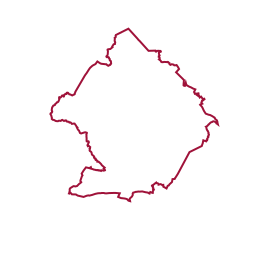 El Arenal, Hidalgo, Mexico, rotated 210°
{"feature_id": "50627088B4144789748082", "entity_name": "El Arenal", "entity_type": "district", "adm_level": 2, "iso_a3": "MEX", "parent_name": "Mexico", "parent_adm1": "Hidalgo", "projection": "mercator", "projection_center": [-98.879, 20.225], "detail": "fine", "context": "isolated", "style": "outline", "palette": "rose", "viewbox_px": 256, "rotation_deg": 210, "n_neighbors": 0, "source": "geoboundaries", "source_scale": "gbopen_adm2", "svg_char_len": 5769}
<svg xmlns="http://www.w3.org/2000/svg" viewBox="0 0 256 256"><g transform="rotate(210 128 128)"><path d="M54.9,179.1L56.6,179.3L58.4,180.2L58.4,180.3L61.4,180.4L63.4,180.3L64.8,179.8L67.9,179.3L70.8,180.8L73.8,182.9L74.9,183.5L77.2,184.2L77.1,184.6L75.8,186.2L77.2,186.8L77.3,187.7L77.6,188.8L77.3,189.2L77.0,189.1L76.2,191.2L76.6,191.4L77.0,190.5L78.8,191.0L80.4,191.7L81.1,190.3L82.2,191.2L82.6,190.8L84.3,191.0L83.1,192.5L82.9,192.6L83.9,192.5L84.4,193.2L87.1,191.0L87.5,191.2L88.0,191.9L88.8,192.2L89.0,195.1L91.4,194.7L93.7,194.7L95.8,194.4L98.4,194.4L99.3,194.8L100.6,196.1L99.8,192.9L100.8,192.6L101.2,192.7L101.9,194.0L103.5,197.5L114.2,200.3L113.3,204.6L115.2,205.8L117.2,206.7L117.4,206.8L118.3,206.0L119.3,205.4L119.5,205.4L120.2,205.7L122.0,205.1L122.8,203.9L123.9,204.0L124.5,204.9L125.0,204.8L126.0,205.2L126.4,204.9L126.7,205.0L127.0,204.6L127.8,204.3L129.9,203.2L130.6,202.5L131.1,202.3L131.4,202.0L132.4,201.9L133.3,202.6L134.8,202.8L134.6,203.0L135.0,203.4L135.0,203.6L135.7,204.0L135.7,204.6L136.4,205.1L137.0,205.0L137.3,205.7L136.9,206.6L138.2,207.6L138.9,208.6L138.8,209.4L137.8,210.3L137.7,210.5L137.8,210.7L138.4,211.0L138.9,210.7L140.2,210.1L141.4,209.3L141.9,208.1L142.3,208.1L143.0,208.7L148.8,205.1L161.8,209.3L162.6,209.4L164.7,210.2L177.3,214.2L185.0,202.5L184.9,201.7L184.2,200.9L184.1,200.6L184.4,199.7L184.6,199.4L184.1,198.8L183.1,196.7L182.2,196.1L181.8,195.6L181.8,195.1L181.6,194.9L181.6,194.4L181.4,194.2L182.3,193.3L182.4,190.6L181.8,190.3L182.8,187.6L184.6,186.2L184.9,185.7L184.8,185.4L183.8,184.5L182.6,182.1L182.2,181.0L182.2,180.3L182.5,179.4L182.4,179.0L182.0,178.8L181.5,178.8L180.7,179.5L180.1,179.6L179.8,179.5L179.1,178.7L178.3,178.6L177.6,177.5L177.3,177.4L176.4,177.4L175.9,176.9L174.8,175.3L174.9,174.5L175.1,174.6L175.2,174.3L175.1,174.0L175.3,173.5L175.7,173.0L175.9,172.3L176.2,172.0L177.7,172.1L178.6,172.4L179.3,172.0L183.2,170.3L184.2,170.1L187.8,170.3L188.0,168.7L188.0,167.8L188.2,167.0L189.6,164.8L190.0,164.0L190.9,161.2L191.1,159.3L191.3,154.5L191.5,153.2L191.6,151.3L191.7,132.9L191.5,132.5L191.4,131.4L191.1,130.8L191.1,130.5L191.3,130.1L191.6,129.9L192.0,129.4L192.1,129.0L192.6,128.3L194.8,128.2L195.7,127.8L197.5,128.5L198.4,128.2L198.6,127.9L198.2,127.2L198.2,126.9L198.4,126.6L199.3,126.2L199.3,125.7L199.9,124.8L199.9,124.6L199.6,124.3L199.3,123.3L199.5,123.1L200.2,123.4L201.1,123.4L201.3,123.2L201.4,122.5L201.3,121.8L201.7,120.7L201.9,120.4L202.9,120.4L203.0,120.2L202.6,119.3L201.9,118.8L201.5,116.1L201.7,115.4L202.4,114.7L202.4,113.7L203.0,112.6L202.8,111.4L203.1,110.9L203.8,110.3L203.9,109.9L203.9,108.6L204.0,108.1L203.8,107.3L203.0,105.3L202.0,104.6L202.0,104.1L201.7,103.8L201.7,103.1L202.3,102.1L202.2,101.3L201.1,100.7L200.5,100.3L199.8,99.4L199.4,99.2L199.0,98.7L198.5,97.7L197.2,97.5L196.4,97.9L195.7,97.9L195.5,98.0L194.3,97.9L192.9,98.4L192.0,98.9L191.6,99.7L190.9,100.1L189.8,100.5L189.4,101.7L188.9,102.2L187.8,102.1L186.9,102.1L186.2,103.2L185.5,103.6L185.1,103.6L184.8,103.1L184.2,103.0L183.3,103.3L182.7,103.7L182.3,103.8L181.5,103.4L181.2,103.5L180.8,104.0L180.5,104.1L179.3,103.8L178.7,103.5L178.3,103.8L177.1,104.8L176.5,105.1L174.2,104.1L173.5,103.6L172.2,103.2L172.4,102.8L170.9,101.8L170.0,101.4L169.2,101.3L167.1,99.7L165.9,99.8L163.4,102.5L162.7,103.0L161.3,103.3L161.0,102.8L160.8,101.5L159.9,100.3L159.6,99.5L159.0,98.9L157.4,96.1L157.1,95.8L156.6,95.9L156.1,96.4L155.6,96.7L154.8,96.2L154.6,94.1L154.3,93.1L153.9,92.8L154.2,92.6L153.7,92.2L153.2,92.9L151.2,92.6L150.7,91.4L151.0,91.0L150.4,90.4L150.2,89.6L149.8,89.2L149.4,89.0L148.6,89.0L147.8,88.8L147.0,88.2L146.1,87.1L145.4,86.8L143.9,86.7L142.8,86.1L142.8,85.6L142.1,85.1L141.8,85.0L141.1,85.3L140.6,84.7L140.3,85.0L139.3,84.5L139.3,84.2L138.6,84.3L138.1,84.2L137.7,83.5L136.6,84.1L136.2,84.0L136.0,83.9L135.4,83.9L133.2,83.3L132.1,82.7L128.4,82.0L128.8,80.8L127.1,80.2L126.8,79.9L126.9,79.7L127.9,78.8L129.3,78.4L130.3,77.7L130.5,77.3L130.4,77.2L131.4,76.9L131.4,77.1L132.8,76.6L132.8,76.3L133.9,76.1L134.4,75.6L135.5,75.4L136.8,74.9L137.7,74.8L140.2,74.2L140.3,75.2L140.6,75.5L141.2,74.3L141.1,74.0L144.7,72.9L145.2,69.0L145.3,65.3L143.7,64.2L143.8,63.2L143.0,59.0L142.7,58.2L141.4,57.7L141.6,56.9L142.4,55.0L143.1,52.3L144.3,51.1L145.8,50.6L146.2,50.3L147.9,47.1L148.0,46.2L147.9,45.8L147.2,44.7L147.0,44.1L146.5,42.6L146.4,41.8L146.0,41.9L146.1,43.4L143.4,42.5L139.9,44.4L137.8,44.3L132.0,46.1L129.8,48.8L128.5,49.9L127.7,50.1L125.7,52.0L123.3,54.7L121.2,56.6L119.3,57.7L118.1,58.7L117.0,59.3L116.3,59.7L115.3,59.9L114.0,60.6L111.8,62.2L106.8,65.3L102.5,67.3L102.1,63.4L99.0,63.8L96.3,65.0L94.7,65.6L93.3,65.9L91.3,65.3L89.6,65.7L90.2,66.4L90.9,66.8L91.2,67.7L90.3,70.7L90.4,72.4L91.2,73.6L91.2,74.6L90.4,75.3L89.5,76.5L89.1,76.7L87.2,78.2L86.3,78.6L83.9,80.2L80.8,81.1L78.5,82.0L77.4,81.9L76.6,82.0L76.7,82.4L76.7,83.7L75.0,83.9L74.0,84.2L74.0,84.3L74.8,84.8L74.8,87.3L75.5,87.2L75.8,88.5L76.6,88.6L76.8,88.9L77.2,89.9L78.2,89.8L78.4,89.9L78.5,90.1L78.1,90.7L77.3,92.3L77.0,93.2L76.3,94.8L75.8,94.4L74.7,95.0L73.7,94.9L73.2,94.2L71.7,95.7L70.6,95.8L69.6,95.6L69.6,95.9L69.0,96.4L67.8,94.8L67.5,94.9L64.4,94.9L64.7,97.8L64.0,98.6L63.9,100.0L62.9,103.2L63.9,106.0L62.1,107.2L62.2,108.2L62.1,108.3L61.9,113.2L62.7,137.9L55.1,149.3L55.3,150.1L55.7,152.4L56.0,153.1L56.6,155.0L55.6,155.1L55.6,155.9L55.4,155.5L53.8,155.5L53.9,156.2L53.7,156.6L53.4,156.6L53.3,156.8L53.5,157.3L53.5,157.7L54.0,158.0L54.1,158.3L53.9,160.4L54.6,160.7L54.6,160.9L54.4,161.9L54.7,162.9L55.5,163.2L55.8,164.1L56.1,164.4L57.1,165.0L57.3,165.3L57.9,165.4L59.5,166.5L60.7,168.0L61.1,168.1L60.3,169.5L60.0,171.4L59.8,171.5L59.4,173.3L58.9,174.5L58.1,175.3L58.0,175.8L57.4,176.5L56.4,176.8L54.9,176.9L54.4,176.7L53.8,176.2L52.7,176.2L52.0,176.1L53.0,177.1L53.7,178.1L54.9,179.1Z" fill="none" stroke="#9f1239" stroke-width="2"/></g></svg>